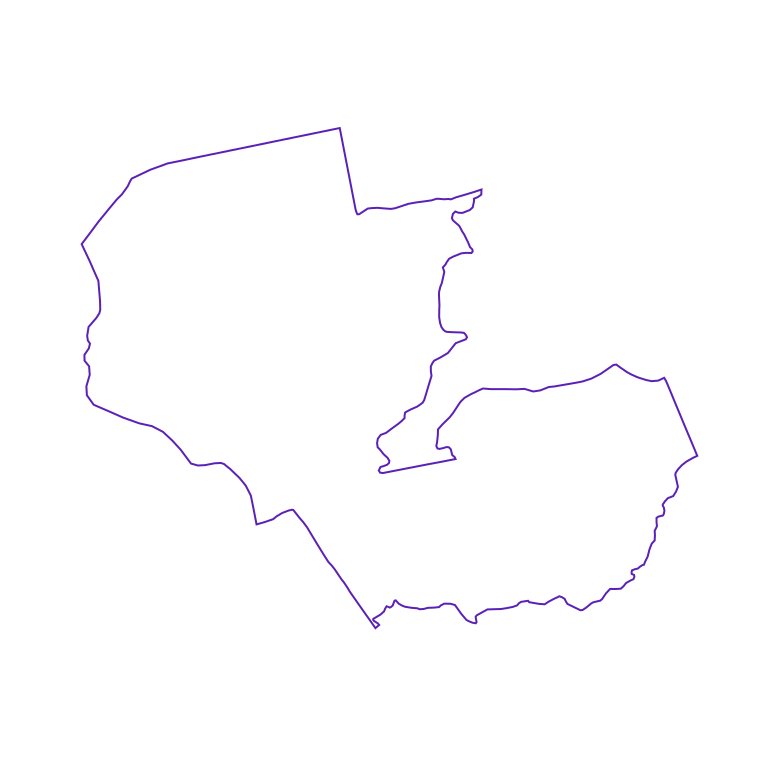 the border of Zambia, rotated 79°
{"feature_id": "ZMB", "entity_name": "Zambia", "entity_type": "country or territory", "adm_level": 0, "iso_a3": "ZMB", "parent_name": "Africa", "parent_adm1": "", "projection": "equal_earth", "projection_center": [28.807, -13.118], "detail": "fine", "context": "isolated", "style": "outline", "palette": "violet", "viewbox_px": 768, "rotation_deg": 79, "n_neighbors": 0, "source": "natural_earth", "source_scale": "50m", "svg_char_len": 4671}
<svg xmlns="http://www.w3.org/2000/svg" viewBox="0 0 768 768"><g transform="rotate(79 384 384)"><path d="M497.5,535.9L491.1,535.9L479.8,535.9L468.1,536.0L457.4,539.1L448.6,543.8L438.1,551.2L434.7,554.1L432.0,556.3L430.4,559.2L429.5,565.5L429.5,575.2L428.5,582.2L425.3,588.6L409.4,596.3L399.0,602.7L388.8,610.1L381.1,619.8L375.9,631.8L367.2,646.5L358.3,659.3L349.0,672.9L338.4,677.8L329.5,676.6L318.8,671.1L310.3,670.1L304.0,673.5L298.2,672.5L292.8,667.0L288.3,664.9L284.7,666.4L280.1,666.2L271.6,663.1L264.2,653.7L260.2,649.9L257.1,648.4L248.3,646.9L228.2,644.7L226.1,645.2L217.8,647.1L207.4,649.4L198.4,651.7L189.0,654.1L180.2,644.3L170.1,633.2L159.7,620.7L151.8,611.0L148.0,605.3L141.1,597.9L136.2,594.3L134.2,592.4L129.1,572.6L126.2,554.4L126.1,540.7L125.8,521.7L125.6,502.6L125.4,483.5L125.2,464.4L125.0,445.3L124.8,426.2L124.6,407.0L124.4,387.9L124.3,378.6L134.5,378.6L146.1,378.6L158.3,378.6L171.5,378.6L184.6,378.6L197.8,378.6L207.0,378.6L209.4,378.4L212.3,377.8L212.6,376.0L208.7,366.5L208.9,363.2L209.8,356.8L211.4,351.3L213.4,344.0L213.6,339.7L211.8,325.8L211.9,318.0L212.4,310.0L212.8,302.3L212.2,297.0L212.9,294.0L214.1,289.9L214.7,285.2L215.5,283.2L215.2,281.3L214.5,277.8L213.8,269.9L212.7,259.0L211.7,251.2L213.3,251.6L216.7,252.4L218.4,256.2L219.3,260.4L221.6,260.7L227.5,263.2L229.6,266.6L231.0,274.2L230.2,278.0L228.3,281.1L230.2,283.9L234.2,285.7L236.5,285.1L243.1,280.0L245.8,279.1L249.3,278.1L252.4,276.8L261.2,274.4L266.1,273.4L268.8,271.6L270.7,271.6L272.1,273.1L270.9,278.4L270.5,283.1L272.2,292.0L273.5,296.2L276.4,299.2L278.4,300.8L280.8,304.0L285.5,303.4L296.0,308.0L299.2,310.1L303.7,312.2L306.8,313.0L317.6,314.6L321.6,315.6L329.0,317.1L335.0,317.3L339.2,316.7L342.1,315.4L343.9,313.9L344.7,312.7L345.9,308.3L348.1,298.6L349.0,295.8L351.2,294.4L354.0,293.6L355.7,295.1L357.6,305.8L365.8,315.4L368.7,323.5L370.7,330.4L372.5,332.3L375.7,334.7L380.7,335.6L385.1,335.8L394.5,340.8L402.0,344.7L407.4,347.6L409.8,349.7L411.5,353.3L412.6,356.0L414.2,363.1L416.0,368.7L418.8,369.8L421.4,370.3L423.9,374.1L425.8,377.5L429.6,385.7L432.4,391.3L433.3,396.9L436.5,400.5L440.8,402.1L444.9,402.3L447.2,400.7L452.8,397.8L457.3,394.5L460.5,393.4L462.4,394.1L463.9,396.4L464.6,400.8L464.8,403.3L467.9,405.6L470.3,404.7L471.2,402.0L471.2,400.6L471.2,388.5L471.2,378.1L471.2,368.2L471.2,356.2L471.3,345.7L471.3,337.1L471.3,328.1L469.2,328.6L466.7,330.6L460.8,330.9L458.5,332.4L457.8,334.7L458.2,337.8L458.3,341.9L457.5,343.8L454.9,344.5L451.2,343.0L444.4,340.9L438.8,339.6L434.7,334.2L429.3,326.0L425.7,321.8L417.0,313.3L415.5,311.5L412.9,307.5L410.6,300.7L409.5,296.2L408.5,292.8L407.3,287.8L409.4,280.1L412.3,265.4L414.5,254.9L415.6,247.0L419.8,239.0L420.1,231.9L418.4,222.7L418.9,217.6L419.2,204.8L419.4,194.0L419.4,188.7L418.3,179.6L415.4,169.4L409.2,155.3L409.2,152.3L412.9,148.9L418.8,143.1L421.7,139.6L425.2,134.7L426.7,132.2L430.1,125.9L432.3,120.7L433.0,114.1L431.4,107.8L434.7,106.6L445.6,104.3L457.6,101.9L470.2,99.3L483.0,96.7L495.3,94.1L506.5,91.8L514.3,90.2L515.4,94.6L517.8,101.8L520.5,107.1L523.9,111.7L526.8,114.6L528.8,115.4L541.0,115.1L545.4,117.9L549.2,121.5L550.2,127.1L552.7,130.5L555.4,133.3L556.6,133.6L558.6,132.9L561.9,132.9L564.9,134.1L566.3,135.3L566.5,139.9L567.4,142.0L571.5,142.8L575.7,143.2L579.8,146.3L584.2,146.9L589.3,148.2L591.7,151.6L597.1,155.0L603.7,158.1L608.4,161.7L611.0,163.3L611.1,164.9L612.3,167.9L613.6,170.0L613.7,173.2L614.3,176.2L616.2,176.9L617.7,177.1L619.1,175.0L621.1,175.0L623.2,176.4L624.0,179.8L625.6,184.4L628.3,187.6L630.1,190.6L629.4,196.1L628.3,201.1L631.9,206.1L636.6,210.8L637.9,212.9L638.2,220.0L638.9,222.4L642.1,228.2L643.7,232.1L643.6,234.3L634.9,245.9L632.1,247.0L629.5,247.6L627.2,250.0L625.8,252.5L626.3,253.8L627.2,257.7L629.1,264.0L630.9,268.3L629.4,273.8L625.9,283.1L624.3,283.9L624.0,290.9L625.0,293.5L626.7,295.5L627.4,300.2L627.4,306.8L627.2,312.1L625.0,325.5L628.8,337.2L630.1,338.5L635.5,338.6L636.4,339.6L635.1,342.9L632.8,346.3L631.3,348.1L624.4,352.0L614.5,356.5L612.4,360.7L611.1,366.8L612.2,370.5L613.5,372.5L613.0,377.9L612.1,383.6L612.4,388.0L611.9,392.0L610.6,393.9L608.9,399.8L606.7,405.8L605.0,408.5L602.5,411.4L598.6,413.8L598.7,415.0L603.1,417.7L604.2,419.6L604.6,420.9L603.7,422.2L602.7,423.9L604.8,425.8L607.2,427.3L609.6,431.3L611.6,436.8L612.2,438.7L612.7,439.5L613.5,439.6L614.9,438.8L617.7,435.8L619.6,434.7L622.0,439.0L612.5,443.2L607.5,445.5L593.2,451.9L580.8,457.4L577.5,458.5L571.1,461.2L567.9,462.9L556.6,467.7L551.9,470.1L548.2,472.5L538.9,476.2L530.1,479.5L520.6,483.0L509.9,486.9L503.9,489.8L499.8,492.2L490.3,497.1L489.9,498.3L490.0,501.7L491.2,508.6L493.5,514.9L495.5,518.5L496.8,527.7L497.5,535.9Z" fill="none" stroke="#5b21b6" stroke-width="2"/></g></svg>